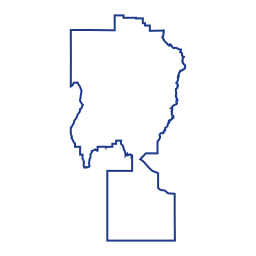 outline of Coomalie, Northern Territory, Australia
{"feature_id": "25037944B16759006021093", "entity_name": "Coomalie", "entity_type": "district", "adm_level": 2, "iso_a3": "AUS", "parent_name": "Australia", "parent_adm1": "Northern Territory", "projection": "robinson", "projection_center": [131.197, -13.152], "detail": "fine", "context": "isolated", "style": "outline", "palette": "blue", "viewbox_px": 256, "rotation_deg": 0, "n_neighbors": 0, "source": "geoboundaries", "source_scale": "gbopen_adm2", "svg_char_len": 5404}
<svg xmlns="http://www.w3.org/2000/svg" viewBox="0 0 256 256"><path d="M162.9,30.6L149.8,30.8L149.8,25.5L145.1,25.5L145.0,23.2L142.9,23.2L142.8,18.3L136.2,18.5L136.2,17.8L123.5,17.8L123.5,15.4L114.7,15.4L114.7,30.3L90.7,30.0L70.8,30.0L70.9,59.6L70.8,86.4L72.6,85.2L73.6,83.1L74.1,82.6L76.6,82.7L77.1,82.4L77.3,82.4L80.0,86.8L81.5,90.9L80.5,97.4L80.6,97.9L80.5,98.2L80.3,98.5L80.0,100.8L81.8,103.7L82.2,104.2L82.9,104.8L81.1,108.7L80.8,108.9L80.0,109.2L79.9,110.9L79.3,112.5L77.8,114.2L76.4,117.9L74.1,121.0L73.8,123.1L72.4,125.4L71.9,126.5L71.2,127.5L70.8,127.8L70.8,133.7L71.6,135.9L71.9,137.2L71.8,137.4L71.5,137.6L73.9,142.4L74.9,143.4L75.0,143.7L75.0,146.8L80.1,146.8L80.1,154.7L82.6,154.7L82.5,158.2L82.9,159.1L84.0,162.1L83.6,165.2L84.2,167.5L85.5,167.4L85.6,167.6L85.9,167.6L86.1,167.4L86.3,167.0L87.8,167.4L89.5,166.3L89.0,163.4L89.5,160.1L89.5,159.2L90.2,158.4L90.6,156.4L90.4,155.5L90.5,154.3L90.9,153.8L91.5,152.9L91.9,152.0L91.8,151.4L91.8,151.0L92.8,150.7L94.3,150.1L95.2,149.4L95.8,149.9L96.8,150.5L97.5,150.7L97.6,146.8L105.3,146.7L105.5,147.0L105.5,146.9L112.3,146.8L112.3,143.8L116.1,143.8L116.1,140.6L121.2,140.6L121.2,141.0L120.8,142.8L120.9,143.3L121.1,143.9L121.4,144.3L122.8,145.6L124.0,149.7L124.1,150.1L124.5,150.5L124.7,150.9L125.1,152.8L125.5,153.3L125.5,155.4L125.7,155.1L125.9,155.1L126.4,155.2L126.8,155.4L126.9,155.1L126.9,154.6L127.1,154.2L127.3,153.9L127.4,154.2L128.0,155.1L128.4,155.2L129.0,154.7L129.5,154.4L130.0,154.3L130.4,154.4L130.6,154.7L131.6,155.0L131.9,155.1L132.0,155.4L131.5,155.4L131.5,156.9L132.1,156.5L132.1,170.9L107.3,170.9L107.3,240.6L174.9,240.6L174.7,218.0L174.7,193.9L174.1,193.7L168.9,193.4L167.9,193.2L167.6,193.1L167.3,192.8L165.8,191.2L164.8,190.6L164.1,190.4L162.1,190.2L160.7,189.8L160.2,189.6L159.7,189.4L159.2,189.0L158.1,187.8L158.1,173.3L157.4,172.8L156.9,172.6L153.1,171.2L152.2,170.7L151.3,170.1L150.6,169.4L147.4,166.0L144.4,162.5L143.3,161.4L141.7,160.2L140.2,159.2L146.0,153.3L157.5,153.4L157.5,142.7L157.6,141.9L157.6,141.7L157.6,141.3L158.3,140.5L159.0,139.9L159.1,139.5L159.3,139.0L160.2,137.3L160.2,137.2L160.2,136.9L160.0,136.6L160.0,136.3L159.7,135.9L159.6,135.6L159.5,135.0L159.7,134.7L159.9,134.3L160.1,134.0L160.5,133.5L161.0,133.2L162.0,133.1L162.6,133.2L163.1,133.2L163.3,133.1L163.6,132.9L163.7,132.6L163.5,131.7L163.6,131.3L164.0,130.8L164.2,130.7L164.9,130.7L165.1,130.6L165.2,130.3L165.1,130.1L164.9,129.7L165.0,129.2L165.2,128.5L165.3,127.7L166.2,127.3L167.5,126.0L167.7,124.6L168.1,123.8L168.3,122.9L168.5,122.7L169.0,122.7L168.7,121.8L168.7,121.5L168.8,121.0L169.5,121.2L169.6,120.5L169.7,120.1L170.7,120.1L171.7,119.1L171.8,118.8L172.4,118.7L172.6,118.5L172.6,118.4L172.3,117.6L172.3,117.3L172.5,117.1L173.4,117.3L173.4,116.3L173.2,116.2L172.8,116.5L172.7,116.4L173.0,116.0L173.0,115.8L172.0,114.9L171.8,114.3L171.6,113.9L172.1,112.8L172.1,112.4L171.5,111.7L172.0,111.2L172.0,110.4L172.4,109.0L172.2,108.7L171.4,108.7L171.0,108.4L171.9,108.1L172.1,108.0L171.9,107.4L172.6,106.3L172.9,106.0L173.2,105.8L173.5,105.8L173.6,105.7L173.9,105.4L174.4,104.9L174.9,104.7L175.7,104.6L176.4,104.2L177.0,103.5L177.0,103.2L176.3,102.2L176.2,101.6L176.6,100.9L177.4,100.6L177.5,100.3L176.9,100.1L176.7,99.9L176.8,99.5L177.0,99.2L176.9,98.5L176.8,98.3L176.1,97.5L176.2,96.6L175.8,95.8L175.8,95.6L176.2,95.1L176.0,94.3L176.1,93.8L176.3,93.3L176.0,91.9L176.0,90.9L175.7,89.4L175.9,89.0L176.3,88.8L177.4,87.7L177.8,86.6L177.7,86.3L177.7,86.2L177.4,86.1L177.5,85.6L177.9,85.4L178.0,85.2L177.8,84.7L177.7,84.2L177.5,83.9L176.7,83.4L176.3,83.0L176.5,82.4L176.6,82.2L176.8,82.0L177.1,81.7L177.5,81.4L177.8,80.6L177.9,80.1L178.0,79.6L178.1,79.2L178.1,78.9L177.9,78.1L177.7,77.7L177.9,77.3L178.4,77.3L178.6,77.1L178.7,76.8L178.6,76.4L178.4,76.4L178.2,76.5L178.1,76.3L178.2,76.1L178.4,75.9L178.2,75.7L178.3,75.5L178.6,75.5L178.7,75.4L178.8,75.2L178.8,74.9L178.9,74.1L178.8,73.7L178.8,73.4L179.0,73.1L179.9,71.9L180.1,71.6L180.1,71.3L180.0,71.0L180.0,70.9L180.3,70.7L180.7,70.8L181.0,70.8L181.2,70.5L181.5,70.5L181.9,70.5L182.1,70.2L182.5,69.7L182.9,69.6L183.3,69.7L183.5,69.7L183.8,69.0L184.1,69.0L184.7,68.6L185.0,68.2L185.1,67.9L185.1,67.7L184.9,67.2L185.2,66.5L185.2,66.0L185.0,65.4L184.7,64.9L184.3,64.5L183.7,64.2L183.5,63.9L183.4,63.5L183.0,63.2L182.9,63.1L183.0,62.5L182.9,62.2L182.8,61.9L182.5,61.4L182.2,61.2L182.4,60.5L182.8,59.7L182.7,59.4L182.5,59.0L182.6,58.5L182.8,58.4L183.0,58.0L183.0,57.9L182.8,57.2L182.9,56.9L183.1,56.9L183.5,57.1L183.8,57.1L184.0,57.0L184.0,56.8L183.8,56.6L183.2,56.6L182.5,56.1L182.4,56.0L182.1,55.7L181.9,55.4L181.9,54.8L182.1,53.7L182.1,53.4L181.9,53.3L181.6,53.1L181.4,52.9L181.2,52.6L180.4,52.4L180.2,52.2L180.5,51.3L180.6,51.0L181.0,50.1L181.0,49.8L181.0,49.6L180.8,49.5L180.7,49.5L180.4,49.8L180.2,49.8L180.0,49.7L179.5,49.3L178.8,49.2L178.4,49.1L178.0,48.6L177.7,48.4L177.4,48.3L176.7,48.2L175.8,47.8L175.0,47.8L174.2,48.1L173.8,48.1L173.5,48.1L173.2,47.9L172.7,47.3L172.0,46.6L171.5,45.9L171.2,45.1L171.0,44.9L170.7,44.7L170.0,44.4L169.7,44.3L169.5,44.6L169.9,45.4L169.9,45.5L169.6,45.7L169.2,45.6L168.8,45.4L167.6,44.4L167.4,44.2L167.0,43.5L166.8,43.2L165.1,41.7L164.3,40.8L164.1,40.5L163.6,39.1L163.5,38.9L163.1,38.7L162.8,38.3L162.4,37.6L162.4,37.3L162.4,37.0L162.4,36.8L162.5,36.8L162.8,36.7L163.0,36.7L163.2,36.4L163.2,36.2L163.4,34.1L163.6,32.9L163.8,32.4L163.8,31.9L163.8,31.2L163.7,30.7L163.3,31.2L163.1,31.2L162.9,30.9L162.9,30.6Z" fill="none" stroke="#1e3a8a" stroke-width="2"/></svg>